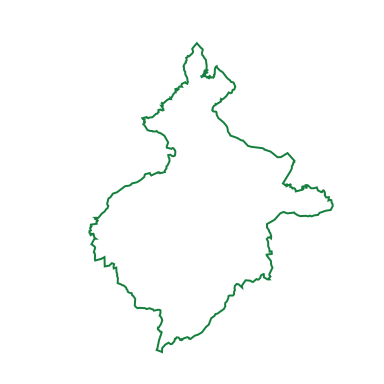 outline of Varfuri, Dâmbovita, Romania, rotated 331°
{"feature_id": "2599482B31531566828838", "entity_name": "Varfuri", "entity_type": "district", "adm_level": 2, "iso_a3": "ROU", "parent_name": "Romania", "parent_adm1": "Dâmbovita", "projection": "albers", "projection_center": [25.505, 45.099], "detail": "fine", "context": "isolated", "style": "outline", "palette": "green", "viewbox_px": 384, "rotation_deg": 331, "n_neighbors": 0, "source": "geoboundaries", "source_scale": "gbopen_adm2", "svg_char_len": 5988}
<svg xmlns="http://www.w3.org/2000/svg" viewBox="0 0 384 384"><g transform="rotate(331 192 192)"><path d="M294.4,204.3L286.7,204.6L283.7,203.1L280.3,194.7L275.8,189.9L275.9,189.3L275.1,188.0L265.7,181.2L263.3,178.7L261.6,171.8L260.1,170.6L257.7,166.6L252.9,161.2L253.1,159.7L252.8,156.5L254.0,153.3L254.3,151.5L253.4,146.5L250.9,140.1L251.0,136.5L252.0,134.4L252.0,133.5L250.0,132.1L249.4,131.1L249.4,130.1L250.5,129.4L250.8,128.5L253.2,127.2L254.8,127.4L255.4,126.4L256.2,127.0L261.2,126.9L261.8,125.4L262.5,125.6L262.7,124.9L263.3,125.6L264.6,125.7L268.5,124.8L272.4,122.8L273.8,124.4L275.0,124.4L277.1,122.4L278.6,122.9L280.9,120.9L281.4,116.8L281.2,116.1L279.5,114.6L279.4,112.8L278.3,110.4L277.7,107.7L277.0,102.4L275.2,98.9L274.2,95.0L274.6,94.0L273.4,94.1L271.6,95.6L268.8,100.2L268.0,100.2L267.4,101.7L266.0,102.3L265.6,101.6L264.1,101.1L263.8,99.1L263.1,99.2L263.0,100.3L262.1,100.8L261.9,100.5L262.4,99.6L261.2,98.9L260.6,99.1L260.1,97.3L258.8,96.5L256.2,96.1L256.3,95.4L257.5,96.1L260.2,95.7L260.5,94.9L263.2,94.8L263.0,93.5L263.3,92.8L262.9,92.8L261.8,93.3L261.8,94.1L260.8,94.7L260.0,94.4L259.7,95.4L258.5,94.9L261.2,93.4L261.2,92.7L261.9,91.9L263.7,92.4L263.7,93.0L264.6,92.8L264.1,91.7L265.9,89.0L268.2,83.2L267.7,80.2L267.8,78.5L267.4,77.4L267.9,75.4L270.4,72.8L270.4,71.7L269.7,70.3L268.4,64.2L261.9,66.7L261.5,67.1L261.3,69.0L260.7,70.1L259.7,70.8L255.4,71.9L254.2,71.0L253.4,71.9L252.0,71.8L251.3,74.1L249.6,75.0L249.4,75.9L247.6,76.4L245.4,78.1L245.5,78.8L244.1,81.8L244.4,83.4L243.2,85.9L243.1,90.0L241.9,92.7L241.8,93.7L240.4,95.0L239.4,93.7L239.3,92.7L235.5,92.5L233.7,94.4L234.3,94.6L234.3,95.1L232.1,93.7L230.6,94.2L230.2,94.6L230.2,95.5L228.4,95.8L228.3,94.1L227.4,93.9L226.1,97.0L225.1,96.7L222.3,97.8L220.8,99.1L219.4,99.3L219.1,100.0L218.7,99.2L218.2,100.3L216.7,99.4L214.9,99.5L209.6,100.6L208.8,99.5L208.4,99.8L208.7,101.2L208.1,102.0L208.6,103.1L206.9,101.8L207.2,105.2L206.7,106.6L205.5,106.2L204.5,105.1L204.5,104.6L202.4,104.0L201.6,105.9L200.8,105.8L199.9,106.7L198.3,106.2L193.7,107.4L191.3,106.4L189.6,106.3L189.5,105.8L188.1,104.9L188.4,104.4L184.3,103.4L184.4,104.4L185.5,106.1L184.2,107.0L184.1,107.9L184.6,108.2L184.4,108.4L182.9,108.7L182.2,109.3L182.8,110.5L183.1,116.3L185.4,118.6L186.7,119.2L187.1,120.1L190.1,121.7L190.7,121.6L191.4,123.8L192.9,125.1L195.1,129.3L195.2,137.1L191.8,140.1L191.5,141.1L195.0,144.3L196.2,144.1L196.9,144.7L197.3,147.1L197.0,148.7L195.1,151.5L194.4,151.9L192.9,151.6L192.2,151.2L191.0,148.8L189.1,148.2L188.4,150.5L188.5,151.6L187.2,154.3L183.6,156.8L182.0,157.3L181.1,159.0L178.5,160.2L178.0,161.4L173.1,160.1L173.1,159.1L171.8,158.8L171.8,158.3L164.4,157.8L164.1,156.2L164.3,155.0L160.0,153.8L159.1,154.0L157.5,155.7L152.9,156.6L148.7,156.8L143.5,155.4L141.8,156.1L140.2,156.0L136.4,154.5L126.1,155.9L122.1,155.1L118.0,157.1L115.9,157.1L112.1,161.1L111.8,162.0L112.1,163.5L110.2,165.2L108.3,165.5L106.2,166.7L102.8,167.1L97.8,169.1L96.4,169.2L96.1,168.3L94.7,167.6L94.9,168.0L94.2,168.6L95.6,171.0L95.8,172.2L95.1,171.3L93.8,172.0L93.3,173.6L87.7,171.5L87.1,172.4L87.6,172.8L87.2,173.6L85.4,174.1L84.9,176.6L83.5,176.4L82.5,177.9L83.1,179.2L82.4,180.0L82.5,180.6L83.5,180.4L83.8,179.9L85.0,181.5L85.2,180.7L85.5,180.8L85.4,181.9L84.7,183.0L84.7,185.0L85.3,186.3L83.9,185.6L78.7,189.0L80.3,192.3L80.3,193.7L76.8,197.3L77.2,198.2L76.6,200.3L74.5,203.6L74.1,205.0L80.2,206.5L83.9,206.5L79.6,214.8L83.9,216.3L87.4,215.4L88.9,217.3L87.0,219.5L86.5,220.9L89.1,221.4L87.1,225.6L86.6,228.1L85.8,228.9L85.5,231.3L82.8,235.7L85.2,238.4L85.5,239.3L86.9,240.6L88.0,243.6L87.7,245.0L88.0,246.5L87.5,248.1L88.2,249.5L90.2,251.3L89.6,253.3L90.3,254.6L90.5,258.0L86.9,263.5L87.1,265.2L88.0,267.2L89.9,267.9L94.7,270.9L95.5,272.4L98.6,273.1L100.0,275.0L100.8,275.5L101.2,277.3L105.6,278.7L106.7,279.6L107.0,280.3L105.6,282.8L103.7,284.5L104.1,285.3L104.2,288.2L103.7,289.9L100.9,292.4L97.3,294.4L96.6,294.0L95.9,294.9L95.6,295.5L96.4,297.7L96.3,298.5L97.5,299.5L97.2,300.3L91.2,305.8L86.0,311.9L84.5,313.0L88.2,317.4L90.2,314.1L94.8,312.5L98.4,312.5L99.6,314.8L100.8,315.2L104.2,314.0L105.8,312.2L106.3,312.6L108.0,311.7L109.7,312.8L110.0,315.1L111.4,315.6L110.5,316.1L111.2,316.6L114.0,316.0L117.5,316.7L118.6,318.0L118.3,318.8L119.3,319.8L124.6,319.0L128.2,319.7L132.6,319.6L138.9,316.8L142.3,316.2L147.6,311.7L151.5,311.3L153.3,310.1L155.1,310.7L163.2,309.8L165.9,307.9L166.3,306.6L167.4,305.1L169.4,304.6L172.3,302.4L173.5,300.7L174.8,300.8L177.6,302.4L179.1,301.9L180.6,299.5L182.1,298.6L182.4,297.0L183.9,294.9L186.5,294.1L188.1,295.5L189.5,299.9L190.2,298.1L196.1,295.2L200.1,297.9L200.7,299.3L201.9,300.3L206.1,299.4L207.2,300.7L208.0,300.8L209.9,300.2L212.0,298.3L214.8,298.4L215.0,298.7L213.5,301.4L215.8,305.2L217.4,306.0L217.2,305.1L217.5,304.6L219.6,304.0L219.4,302.2L219.8,301.4L225.7,297.2L225.9,294.4L227.6,290.4L226.6,283.9L226.9,283.0L231.8,284.8L232.3,283.8L232.8,282.5L230.9,281.8L232.2,278.9L232.3,276.5L234.5,272.4L234.6,269.4L236.6,268.7L237.8,269.1L238.6,270.9L239.8,269.2L240.6,265.5L240.3,264.1L240.8,262.6L240.4,259.5L242.0,256.4L250.8,256.3L258.7,253.5L262.3,253.8L265.2,257.0L271.4,259.5L271.3,260.0L273.1,263.4L275.0,265.6L279.8,267.9L282.2,269.8L283.6,269.8L284.8,271.3L287.2,271.6L291.1,273.1L293.5,272.1L300.2,273.3L304.6,275.0L308.3,272.5L309.1,270.7L309.0,268.9L309.9,266.7L309.0,265.8L307.2,265.6L309.2,262.9L306.7,261.8L306.6,259.1L307.5,258.2L307.6,256.9L308.0,256.6L308.0,254.8L307.6,254.2L306.9,254.2L306.0,255.0L305.1,254.9L302.9,251.6L303.4,248.5L300.4,247.8L298.0,246.5L296.5,242.3L296.0,241.7L294.6,241.1L294.3,241.7L294.8,243.1L294.3,243.8L293.6,243.4L293.4,241.8L291.6,240.8L291.0,240.9L290.3,241.9L291.1,242.6L291.1,243.3L290.0,243.6L283.1,241.8L283.7,239.6L283.5,238.7L283.0,238.0L281.6,237.7L281.7,236.6L280.4,235.1L281.8,233.6L281.7,233.0L278.4,232.8L279.2,232.1L278.8,231.4L277.8,231.1L277.1,231.7L275.7,228.6L288.6,221.3L290.7,219.8L291.9,217.7L293.3,217.2L294.4,215.8L295.7,215.6L295.8,214.7L296.7,214.5L294.4,204.3Z" fill="none" stroke="#15803d" stroke-width="2"/></g></svg>